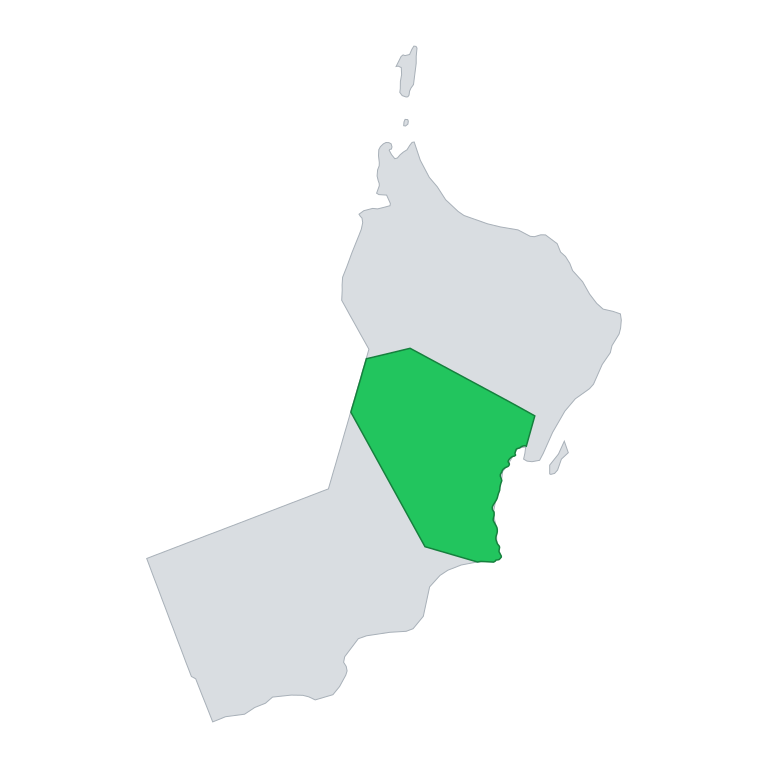 where Al Wusta sits in Oman
{"feature_id": "OMN-2405", "entity_name": "Al Wusta", "entity_type": "Region", "adm_level": 1, "iso_a3": "OMN", "parent_name": "Oman", "parent_adm1": "", "projection": "robinson", "projection_center": [57.537, 20.48], "detail": "fine", "context": "in_parent", "style": "filled", "palette": "green", "viewbox_px": 768, "rotation_deg": 0, "n_neighbors": 0, "source": "natural_earth", "source_scale": "10m", "svg_char_len": 4312}
<svg xmlns="http://www.w3.org/2000/svg" viewBox="0 0 768 768"><path d="M212.7,721.9L209.1,712.7L205.5,703.6L201.8,694.4L198.2,685.2L195.7,678.8L191.4,676.5L188.8,669.7L186.1,662.8L183.5,655.8L180.9,648.9L178.2,641.9L175.6,635.0L173.0,628.0L170.3,621.1L167.7,614.1L165.1,607.2L162.4,600.2L159.8,593.2L157.2,586.3L154.5,579.3L151.9,572.4L149.3,565.4L146.7,558.5L155.2,555.2L165.7,551.2L176.1,547.2L186.5,543.2L197.0,539.2L207.4,535.2L217.8,531.3L228.2,527.3L238.7,523.3L249.1,519.3L259.5,515.3L269.9,511.3L280.3,507.3L290.7,503.3L301.2,499.3L311.6,495.3L322.0,491.3L328.4,488.9L331.1,479.6L333.3,471.9L335.6,464.2L337.8,456.5L340.1,448.8L342.3,441.1L344.5,433.4L346.8,425.6L349.0,417.9L351.2,410.2L353.5,402.5L355.7,394.8L357.9,387.1L360.2,379.4L362.4,371.7L364.6,364.0L366.9,356.3L368.9,349.2L365.1,342.4L360.0,333.3L354.7,323.7L349.7,314.8L346.1,308.2L341.7,300.3L342.2,290.2L342.1,285.1L342.6,277.3L346.9,266.5L351.9,252.8L355.6,243.6L358.8,235.7L361.3,229.3L362.7,222.7L362.0,218.1L360.4,216.4L359.0,214.2L363.8,210.7L372.7,208.4L377.6,208.9L384.5,207.2L390.0,205.7L390.4,203.6L388.9,200.2L386.6,195.1L378.9,194.6L376.6,193.2L379.3,185.8L379.2,183.4L378.2,180.6L377.1,176.0L377.6,169.9L379.2,165.8L379.3,162.5L378.5,155.7L378.8,149.7L380.4,146.7L383.3,143.9L386.0,142.5L388.8,142.6L391.1,143.8L392.0,146.9L391.4,149.1L389.8,149.4L389.2,150.3L391.5,154.6L394.8,158.7L397.4,158.0L400.2,154.7L403.3,152.1L407.0,149.8L409.8,145.3L412.1,142.4L414.2,142.0L420.3,160.3L429.3,177.4L437.3,186.8L445.6,199.7L458.2,211.5L464.0,215.5L487.5,223.8L500.3,226.9L518.0,229.9L530.2,236.3L534.4,236.7L540.8,234.8L545.5,234.9L557.2,243.7L560.6,252.1L565.5,256.5L569.8,263.4L572.6,270.6L582.6,281.7L589.6,294.1L596.7,303.4L603.1,309.1L612.8,311.3L620.4,313.9L621.3,320.1L620.6,328.1L619.1,334.0L612.0,345.6L610.3,352.7L602.2,364.5L593.5,384.2L589.5,388.7L575.3,398.8L564.9,411.1L552.6,432.4L543.2,453.5L539.6,460.3L532.0,461.7L527.0,461.1L523.6,459.1L524.9,453.3L525.7,446.9L521.2,447.6L517.2,448.9L507.8,464.7L502.6,471.6L501.5,480.4L499.0,491.8L495.3,502.2L493.7,511.0L493.8,516.0L496.5,528.1L496.7,540.6L498.3,548.0L499.6,557.0L495.2,559.8L491.4,561.1L476.4,562.1L461.2,565.0L447.9,570.2L440.0,575.4L429.6,586.9L423.3,616.3L413.1,628.7L406.2,631.3L389.7,632.3L366.5,635.8L358.3,638.7L344.7,656.7L343.6,662.3L346.2,666.4L347.1,670.9L345.8,675.1L339.6,686.5L332.9,694.7L315.2,699.9L308.7,696.8L302.7,695.3L291.2,695.1L272.5,697.1L265.5,703.2L254.7,707.5L244.6,714.2L225.6,716.7L212.7,721.9ZM409.0,95.2L407.8,96.8L406.1,97.0L402.2,95.6L399.8,92.4L400.3,88.6L400.4,81.4L401.6,74.7L401.3,67.6L398.2,66.1L396.1,66.5L401.1,56.5L403.1,54.9L405.0,55.6L409.6,54.5L412.0,49.1L413.9,46.1L416.0,46.4L417.0,48.1L416.2,56.4L416.2,63.3L413.5,84.5L410.9,88.2L409.6,91.1L409.0,95.2ZM554.6,473.4L550.8,474.4L549.7,473.9L549.7,465.1L558.5,454.0L564.3,441.2L568.3,452.7L561.4,459.1L557.6,470.0L554.6,473.4ZM407.9,124.1L405.5,126.0L403.7,125.7L404.0,121.9L405.1,119.4L407.7,119.6L408.3,121.1L407.9,124.1Z" fill="#d9dde1" stroke="#a8b0b8" stroke-width="1"/><path d="M350.9,412.2L351.6,409.5L354.9,398.5L357.9,388.1L360.6,378.9L362.8,371.0L364.6,365.0L365.7,361.1L366.1,359.7L366.4,358.7L367.9,358.4L410.1,348.3L509.2,401.7L528.4,412.3L534.8,415.9L526.3,446.2L525.1,445.7L523.4,445.9L521.6,446.5L519.6,447.9L517.2,448.6L516.4,449.1L516.0,449.7L515.0,453.0L515.0,453.8L515.4,454.5L515.5,455.2L515.0,455.7L514.3,456.1L512.8,456.4L511.7,457.0L510.6,457.8L509.2,459.3L508.7,460.0L508.3,460.8L508.1,461.7L508.3,462.3L509.2,463.4L509.4,464.1L508.9,465.6L507.9,466.5L505.2,467.7L504.2,468.4L503.1,469.3L502.3,470.4L501.9,471.7L501.6,472.5L500.9,473.4L500.3,474.6L500.3,476.3L501.4,479.1L501.8,480.8L500.8,483.3L499.9,487.1L499.8,488.1L499.7,490.2L498.3,493.9L497.3,497.8L496.6,499.5L492.8,505.7L492.2,507.5L492.5,509.7L492.9,510.5L493.4,511.1L493.9,511.8L494.1,512.7L494.1,514.9L494.0,515.9L493.7,516.8L493.3,518.6L493.1,520.0L493.6,521.3L496.5,526.6L497.0,527.8L497.3,529.7L497.3,531.6L497.0,533.3L496.0,536.5L495.8,537.9L495.9,539.5L497.1,543.1L497.7,544.2L499.3,546.2L499.6,547.3L499.1,550.2L499.0,551.6L501.3,556.1L501.3,557.1L499.9,558.8L499.0,559.6L498.7,559.7L496.0,560.1L495.7,560.4L495.5,560.9L494.8,561.4L494.0,561.9L493.5,562.1L480.9,561.4L477.5,562.0L425.0,546.7L351.6,413.5L350.9,412.2Z" fill="#22c55e" stroke="#15803d" stroke-width="1.5"/></svg>